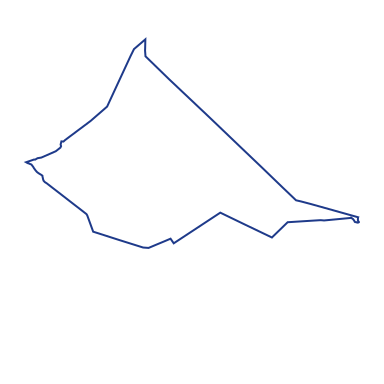 Rotonak Mondol, Batdâmbâng, Cambodia (Equal Earth projection), rotated 134°
{"feature_id": "14789045B15195219920111", "entity_name": "Rotonak Mondol", "entity_type": "district", "adm_level": 2, "iso_a3": "KHM", "parent_name": "Cambodia", "parent_adm1": "Batdâmbâng", "projection": "equal_earth", "projection_center": [102.87, 12.919], "detail": "fine", "context": "isolated", "style": "outline", "palette": "blue", "viewbox_px": 384, "rotation_deg": 134, "n_neighbors": 0, "source": "geoboundaries", "source_scale": "gbopen_adm2", "svg_char_len": 1473}
<svg xmlns="http://www.w3.org/2000/svg" viewBox="0 0 384 384"><g transform="rotate(134 192 192)"><path d="M169.2,102.9L168.7,102.9L147.3,102.2L127.8,84.4L122.9,79.9L120.7,77.2L100.5,59.9L100.1,59.9L99.8,59.4L99.8,58.9L99.8,57.9L99.6,57.4L99.7,57.0L99.8,56.3L99.9,55.7L100.0,55.2L100.2,54.8L100.4,54.2L100.3,53.7L100.0,53.4L99.6,52.9L99.4,52.2L99.2,51.8L98.9,51.6L98.3,51.1L97.8,51.0L97.5,51.4L97.5,52.0L97.4,52.4L97.2,52.8L96.9,53.2L96.7,53.4L96.4,53.7L96.1,53.9L95.8,54.2L95.5,54.5L95.2,54.9L94.8,55.0L117.9,97.8L123.1,107.1L125.7,111.4L125.8,130.0L125.8,157.8L126.0,189.3L126.1,212.3L126.2,232.8L126.8,286.7L126.7,319.7L122.8,324.1L121.1,325.6L114.6,331.6L129.5,333.0L137.0,330.6L173.4,318.0L189.5,312.4L190.8,312.5L211.3,314.3L237.3,318.5L243.0,319.4L245.0,319.5L246.3,321.1L249.1,319.5L250.0,318.0L251.5,317.5L257.3,318.3L271.9,324.3L275.0,326.6L277.6,327.3L278.4,328.2L285.8,332.0L285.6,331.2L285.5,330.7L285.3,330.1L285.0,329.5L284.7,329.0L284.4,328.0L284.0,327.2L283.8,326.5L283.9,325.9L284.0,325.2L284.3,323.4L284.7,322.1L284.9,320.7L285.1,319.8L285.2,318.9L285.2,318.4L285.3,317.9L285.3,317.3L285.2,316.3L284.9,314.5L284.6,313.3L284.3,312.0L284.2,310.9L284.6,310.5L285.3,309.4L286.2,308.1L287.0,306.6L287.1,304.6L286.7,302.8L281.2,252.6L281.6,251.1L289.2,235.5L286.8,230.7L277.0,210.8L265.9,188.6L262.4,184.4L254.7,181.1L247.1,177.8L240.5,175.0L241.6,169.5L187.2,157.3L178.3,130.2L169.4,103.5L169.2,102.9Z" fill="none" stroke="#1e3a8a" stroke-width="2"/></g></svg>